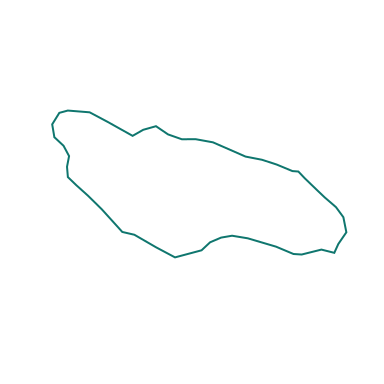 Skara, Västra Götaland, Sweden (Natural Earth projection), rotated 28°
{"feature_id": "70781695B33450377436150", "entity_name": "Skara", "entity_type": "district", "adm_level": 2, "iso_a3": "SWE", "parent_name": "Sweden", "parent_adm1": "Västra Götaland", "projection": "natural_earth1", "projection_center": [13.513, 58.397], "detail": "fine", "context": "isolated", "style": "outline", "palette": "teal", "viewbox_px": 384, "rotation_deg": 28, "n_neighbors": 0, "source": "geoboundaries", "source_scale": "gbopen_adm2", "svg_char_len": 741}
<svg xmlns="http://www.w3.org/2000/svg" viewBox="0 0 384 384"><g transform="rotate(28 192 192)"><path d="M346.2,178.9L345.6,169.2L347.2,155.1L337.5,143.2L326.3,137.8L311.8,134.5L302.1,131.8L285.3,127.0L276.3,124.0L270.8,126.4L253.9,128.0L238.6,130.7L222.6,135.6L187.2,138.3L170.3,143.7L158.3,150.2L143.8,152.4L129.3,150.8L128.8,151.3L119.7,160.0L113.2,170.3L85.1,169.7L64.2,169.7L44.1,178.4L37.7,184.4L36.8,197.9L44.8,208.3L45.8,208.5L56.9,211.5L66.6,218.0L69.8,228.4L75.4,237.1L86.6,240.3L101.9,244.1L120.4,249.6L149.2,260.0L161.2,256.8L186.3,257.7L207.7,257.7L227.8,239.0L231.6,227.9L239.1,218.6L247.9,211.8L263.0,206.7L291.9,200.8L310.7,199.1L318.2,195.7L333.3,182.1L346.2,178.9Z" fill="none" stroke="#0f766e" stroke-width="2"/></g></svg>